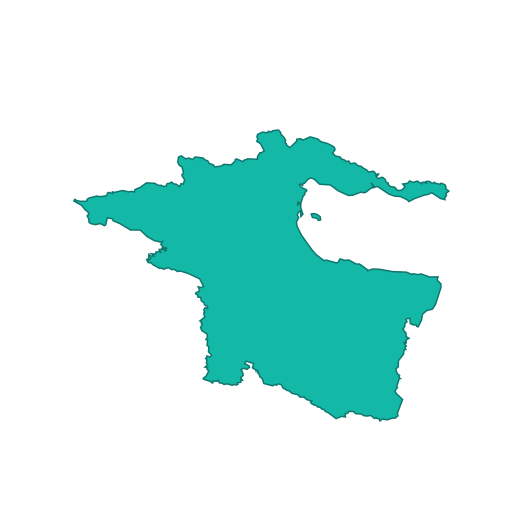 outline of Maroantsetra, Analanjirofo, Madagascar, rotated 291°
{"feature_id": "10022922B79548799707119", "entity_name": "Maroantsetra", "entity_type": "district", "adm_level": 2, "iso_a3": "MDG", "parent_name": "Madagascar", "parent_adm1": "Analanjirofo", "projection": "equal_earth", "projection_center": [49.851, -15.369], "detail": "fine", "context": "isolated", "style": "filled", "palette": "teal", "viewbox_px": 512, "rotation_deg": 291, "n_neighbors": 0, "source": "geoboundaries", "source_scale": "gbopen_adm2", "svg_char_len": 6136}
<svg xmlns="http://www.w3.org/2000/svg" viewBox="0 0 512 512"><g transform="rotate(291 256 256)"><path d="M320.7,148.2L315.4,149.4L313.2,151.9L312.6,155.1L307.3,158.7L305.5,157.7L304.4,158.2L301.5,162.2L296.9,162.2L296.7,160.0L293.4,159.9L294.5,155.4L293.8,153.9L294.7,150.5L293.2,149.7L291.7,147.1L289.2,147.0L287.7,144.7L288.0,142.3L286.9,139.1L287.6,135.5L285.0,127.5L278.8,123.5L274.6,119.2L272.2,119.6L271.9,116.9L270.3,114.4L269.3,107.9L264.6,101.0L264.4,99.0L262.8,99.6L262.7,95.9L261.6,94.8L258.8,95.0L255.7,89.7L254.8,85.8L250.5,79.6L248.4,78.0L246.5,78.5L244.2,72.7L243.5,69.0L244.0,66.6L242.1,66.2L240.8,75.0L238.0,79.9L236.9,83.4L235.0,84.9L232.9,84.0L230.7,86.6L227.5,88.1L227.1,90.8L227.8,94.9L230.5,99.0L230.0,103.6L231.2,104.5L238.2,103.5L239.2,107.7L239.1,109.2L237.7,109.9L237.5,117.3L235.3,129.4L238.7,138.6L235.1,147.6L233.9,155.7L235.0,162.9L235.7,163.5L232.6,163.0L231.5,165.8L229.6,165.4L231.6,169.4L231.1,169.9L229.7,168.5L229.0,170.1L228.1,169.6L229.1,167.5L227.5,163.3L226.4,164.0L225.2,166.5L225.2,163.5L223.7,161.1L221.7,161.5L220.7,157.6L219.5,160.8L218.3,158.2L219.2,155.4L216.6,156.0L216.3,158.5L213.9,157.9L213.0,156.4L214.8,156.4L213.5,155.2L211.2,157.7L212.0,160.6L211.0,162.7L209.9,170.5L210.8,172.0L210.6,174.6L213.7,178.2L213.1,182.2L214.2,184.4L213.4,188.3L214.9,190.9L215.4,199.2L214.5,211.6L208.8,217.9L207.0,216.4L206.5,213.1L204.3,215.2L202.3,215.5L200.3,213.1L199.1,213.1L198.6,215.6L196.8,216.5L197.6,219.5L195.3,220.3L194.2,221.8L193.7,224.2L191.9,225.5L191.7,228.6L190.7,229.4L189.4,229.2L189.8,227.2L188.1,226.6L186.4,226.8L185.3,228.4L184.3,227.7L182.5,228.4L180.6,230.1L175.3,226.9L175.2,228.7L173.7,228.8L173.1,230.2L169.4,229.9L166.9,232.2L165.5,238.6L162.7,239.6L160.0,239.2L160.1,241.0L155.0,242.3L154.3,244.5L149.5,246.0L147.6,250.0L145.2,249.4L145.1,246.0L143.6,246.6L142.5,245.6L141.5,247.3L138.0,248.2L136.9,250.1L134.0,248.1L134.3,250.8L132.8,250.8L131.9,253.1L125.8,252.5L123.2,250.6L122.1,251.2L122.6,258.2L121.7,260.3L122.3,261.3L123.9,260.7L125.0,264.5L126.5,265.2L124.4,267.4L125.2,269.8L124.6,272.0L126.4,275.2L126.8,280.1L128.2,281.5L128.7,284.3L129.6,285.0L130.7,283.9L132.7,287.1L134.8,286.1L135.1,287.8L137.1,285.2L139.7,286.8L141.7,285.9L144.7,282.7L146.9,285.0L146.9,288.1L149.9,289.9L151.0,288.8L151.5,283.9L154.2,284.4L154.8,292.3L150.3,292.8L149.6,296.5L148.6,297.3L149.7,297.6L149.3,299.3L147.5,299.2L146.7,301.4L144.5,303.0L144.4,304.5L143.0,306.5L139.8,308.9L140.8,318.1L142.7,319.5L142.7,321.4L144.5,322.4L145.0,325.5L142.1,329.2L142.6,330.6L141.7,332.4L141.9,335.3L140.7,338.8L141.5,344.7L140.1,347.5L141.5,351.5L140.2,354.3L140.4,360.1L138.9,359.4L138.2,360.5L137.6,363.6L138.2,365.0L137.2,367.8L137.8,370.0L136.6,372.5L137.1,374.4L135.7,376.5L135.7,379.3L132.9,389.0L136.9,393.3L137.8,397.2L140.2,395.7L142.3,398.0L144.3,398.5L145.7,402.8L144.5,405.6L146.3,411.1L145.6,413.5L146.3,416.9L148.3,420.4L146.7,424.8L148.2,426.1L147.7,427.0L148.2,429.2L146.5,430.8L149.1,432.5L150.0,437.1L153.5,441.4L154.6,444.1L157.7,445.8L160.1,444.3L174.5,444.3L177.9,436.3L179.8,434.1L184.1,435.1L184.5,434.1L192.7,433.7L193.3,434.6L193.7,433.0L196.0,432.8L196.8,430.0L200.5,427.0L203.6,428.5L209.4,426.5L217.2,428.9L221.4,427.8L222.4,429.4L224.3,427.7L225.7,428.6L228.0,425.4L228.5,427.8L228.9,426.2L229.6,427.0L231.4,426.2L234.0,428.3L234.5,425.0L237.6,423.8L240.3,419.5L243.9,420.1L246.1,419.2L248.8,420.5L250.5,418.6L251.9,419.7L252.8,422.1L248.2,424.3L248.1,428.0L249.1,430.0L247.9,431.3L247.9,432.7L255.2,433.5L261.2,432.3L266.1,434.8L269.7,439.8L275.0,440.9L292.7,440.0L296.2,438.6L298.5,433.7L301.7,433.4L298.6,425.4L298.4,416.4L296.5,413.6L295.9,409.4L294.7,407.9L294.8,402.2L290.2,388.5L288.0,376.6L285.7,369.6L281.8,364.9L282.9,365.6L285.3,357.0L285.5,355.2L284.4,352.6L285.5,344.0L283.5,339.7L283.6,336.0L282.9,335.2L279.7,335.1L278.4,333.6L277.3,322.9L276.1,321.7L276.7,318.7L278.8,311.8L281.5,306.5L291.8,290.8L298.6,283.6L302.2,281.6L307.3,282.0L309.2,279.7L312.3,279.9L313.8,281.2L309.0,283.8L311.9,284.8L316.8,280.6L319.7,279.5L320.3,277.3L318.7,276.5L319.3,276.1L321.5,275.9L320.9,279.0L328.3,278.5L331.3,279.5L332.5,278.7L335.1,280.0L336.0,279.1L336.1,274.7L337.8,271.0L339.2,271.6L338.6,274.2L340.8,274.0L341.3,275.2L345.7,276.8L348.4,278.8L348.7,282.5L345.8,289.6L349.0,299.9L346.3,309.3L345.6,320.6L347.5,324.6L353.3,331.1L353.6,333.8L354.8,335.6L360.5,339.0L361.7,340.7L363.9,339.4L365.2,337.3L364.5,339.8L362.2,341.7L364.2,343.8L364.3,345.5L361.4,358.0L361.6,364.1L363.3,369.6L362.7,376.9L361.6,379.2L366.6,383.6L373.3,391.4L375.1,394.6L378.1,397.3L375.8,407.6L376.3,412.2L377.5,411.4L380.7,412.2L382.2,410.8L385.7,412.8L386.9,408.8L388.7,408.5L390.3,406.8L390.3,402.7L389.0,402.2L388.2,397.8L388.7,395.9L387.4,395.3L387.0,393.8L387.7,391.6L387.2,389.1L386.1,387.8L385.1,389.1L384.9,385.6L384.0,384.5L382.7,384.7L383.8,379.8L381.0,376.3L381.1,372.5L378.1,371.4L375.8,367.2L374.2,370.1L371.2,369.4L368.8,367.3L368.0,364.2L369.9,361.1L369.0,356.2L370.2,353.8L371.5,353.3L371.6,351.0L373.8,349.2L374.7,346.4L374.6,345.2L372.3,342.9L372.4,341.5L373.7,339.4L374.9,340.8L376.5,340.9L375.1,338.7L376.9,336.5L377.1,334.9L374.7,331.1L376.3,327.7L376.1,326.2L377.4,321.8L376.8,319.0L378.3,315.1L376.0,311.1L377.9,308.5L376.7,306.7L377.4,303.5L377.1,301.5L378.6,298.9L377.8,294.3L379.5,290.7L383.6,291.7L385.4,290.3L386.1,288.3L386.6,282.6L386.0,275.7L387.4,271.5L386.6,263.8L381.1,258.4L381.4,255.4L379.6,252.2L377.7,252.8L369.4,248.9L370.4,245.0L371.7,244.1L372.1,242.7L374.6,242.2L376.6,239.9L378.8,235.3L380.1,234.8L381.6,232.1L381.4,231.2L378.9,226.7L377.3,225.7L376.9,222.9L375.0,222.4L374.0,217.6L370.1,213.9L367.7,214.1L365.8,215.7L363.2,215.7L362.6,219.8L357.2,226.0L354.2,224.0L353.8,222.6L349.4,221.8L346.8,222.6L343.7,213.4L340.9,210.3L339.4,210.1L339.7,203.2L338.7,202.1L337.0,202.5L332.1,200.0L330.1,193.2L327.3,191.0L324.5,185.7L324.9,184.2L325.8,183.8L325.7,179.1L327.5,176.9L327.5,174.1L328.5,171.4L326.7,163.8L323.2,162.0L323.5,158.5L321.5,155.4L322.7,150.4L320.7,148.2ZM312.9,303.4L315.7,301.8L316.7,298.1L316.4,294.9L315.0,292.5L312.2,294.9L313.0,299.5L311.5,301.4L312.9,303.4Z" fill="#14b8a6" stroke="#0f766e" stroke-width="1.5"/></g></svg>